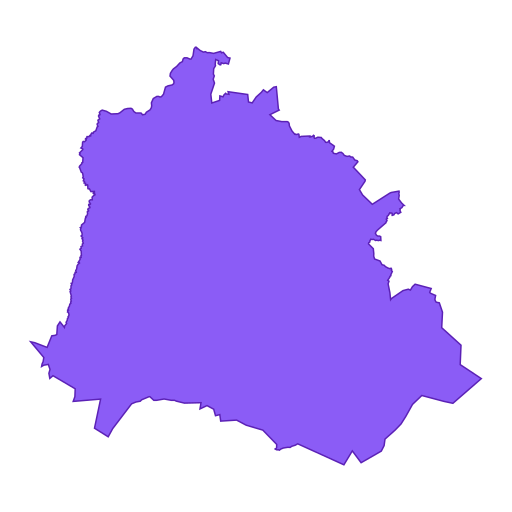 Ahuacuotzingo, Guerrero, Mexico
{"feature_id": "50627088B95956729809463", "entity_name": "Ahuacuotzingo", "entity_type": "district", "adm_level": 2, "iso_a3": "MEX", "parent_name": "Mexico", "parent_adm1": "Guerrero", "projection": "robinson", "projection_center": [-98.997, 17.77], "detail": "fine", "context": "isolated", "style": "filled", "palette": "violet", "viewbox_px": 512, "rotation_deg": 0, "n_neighbors": 0, "source": "geoboundaries", "source_scale": "gbopen_adm2", "svg_char_len": 5857}
<svg xmlns="http://www.w3.org/2000/svg" viewBox="0 0 512 512"><path d="M108.2,436.8L112.7,428.6L131.6,403.8L136.0,402.0L140.3,401.2L141.6,399.8L149.0,396.7L149.9,396.7L153.8,400.3L156.6,400.3L164.1,399.0L171.3,400.3L174.6,400.3L176.2,401.1L184.4,403.1L201.0,402.7L200.0,408.9L207.0,405.6L213.7,409.2L215.5,415.7L219.8,414.6L220.7,421.1L236.6,420.1L246.2,425.2L262.8,430.1L276.7,444.4L276.6,447.8L275.8,448.8L274.6,448.8L277.0,449.9L278.3,449.7L279.3,450.2L280.9,449.0L283.4,448.0L287.7,447.3L290.2,447.4L291.7,446.3L295.3,445.2L297.7,443.8L343.9,464.8L352.3,450.9L361.1,462.7L381.3,451.1L384.1,445.6L385.0,439.1L395.1,430.1L401.0,424.0L405.8,416.4L412.5,404.4L421.8,395.5L444.0,401.4L452.9,403.3L481.3,378.6L460.2,364.6L461.0,345.2L441.7,327.7L442.5,312.2L439.3,302.8L436.2,302.2L435.2,300.5L434.9,299.2L435.6,295.5L430.4,293.2L429.7,292.3L431.2,288.5L415.1,284.2L412.5,286.6L410.4,290.1L408.3,289.2L403.0,290.6L391.5,298.5L390.6,299.7L389.9,292.8L388.1,283.8L389.0,281.2L387.7,280.3L389.8,277.2L389.8,276.5L390.9,275.7L390.8,274.8L392.3,271.5L391.4,270.5L391.7,269.9L391.4,268.7L391.0,268.2L390.0,268.7L387.9,268.0L385.4,266.6L384.2,265.3L382.0,264.7L380.0,261.0L374.6,259.0L373.7,256.2L373.8,253.6L373.3,248.7L368.5,243.9L368.7,242.7L369.8,242.0L369.8,241.0L370.8,239.2L372.0,239.5L373.6,239.3L375.6,240.5L376.6,240.2L378.6,240.6L379.6,240.2L380.9,240.5L380.7,236.7L379.7,236.1L377.8,236.1L376.4,235.2L375.4,233.2L376.2,231.5L377.7,229.9L386.0,222.7L386.1,221.8L387.0,220.7L386.3,219.1L387.4,218.4L386.9,217.7L387.2,216.2L388.4,215.4L388.9,214.0L389.7,213.8L389.8,212.8L392.0,213.2L392.4,214.1L392.0,215.0L392.2,215.4L393.9,214.8L394.6,213.5L396.5,212.6L398.1,213.9L400.8,212.3L400.0,210.7L400.2,209.7L399.8,208.9L401.9,207.6L403.3,205.4L404.1,205.4L401.6,203.0L398.6,199.0L399.2,195.4L398.8,193.5L399.2,192.2L399.0,191.1L391.2,192.5L389.8,193.1L372.3,204.3L362.6,195.0L359.4,189.6L365.0,181.3L365.3,179.9L353.3,167.2L357.9,161.8L357.2,160.7L354.8,160.0L352.7,157.1L350.5,156.9L349.7,156.0L347.0,156.4L344.3,155.4L342.9,153.5L341.3,152.3L339.3,152.4L336.4,153.9L333.4,153.3L332.8,151.7L332.0,151.3L333.6,149.2L334.4,146.2L329.5,142.7L329.3,140.7L328.9,140.7L328.4,141.8L326.8,142.4L325.6,142.3L324.5,140.6L321.9,138.4L321.3,137.5L317.8,137.2L315.8,138.2L314.5,138.3L314.1,137.7L314.2,135.8L313.5,135.3L312.6,136.3L310.0,137.0L309.5,136.8L309.8,136.0L301.2,136.4L299.3,137.3L298.9,134.3L298.5,134.0L296.2,134.5L295.2,134.3L295.6,133.7L294.7,134.2L292.0,131.0L289.4,125.9L289.1,123.4L288.4,122.2L287.2,121.6L281.7,121.6L276.0,120.5L269.9,114.7L279.2,110.1L278.4,109.0L276.3,86.7L273.7,87.2L267.2,92.6L263.4,89.8L261.4,92.3L256.2,97.0L252.2,102.9L248.5,102.0L247.7,94.5L228.1,91.7L228.9,94.3L225.8,93.9L225.6,93.4L224.1,94.7L223.0,96.8L219.9,95.9L219.6,100.4L211.8,103.0L210.8,94.2L214.5,83.1L213.2,79.2L214.3,75.9L213.4,74.1L213.7,68.7L215.5,65.7L215.2,64.3L215.7,59.5L218.5,60.7L218.2,63.6L220.1,64.9L220.8,64.7L221.2,62.8L223.7,63.6L225.2,63.1L228.4,64.0L230.0,58.1L227.6,57.5L223.3,52.3L221.5,52.8L220.7,51.4L213.6,53.4L209.5,52.6L207.2,52.7L205.4,51.7L203.4,52.1L200.0,50.4L197.1,48.0L196.9,48.4L196.2,47.2L195.4,47.2L194.0,49.1L193.0,55.8L191.0,59.1L190.0,59.1L187.0,57.8L184.3,57.8L183.1,59.0L182.4,61.6L179.8,63.0L176.7,66.4L173.4,68.9L172.2,70.4L170.4,73.3L170.0,76.1L173.7,80.3L174.0,82.4L173.6,83.8L172.0,85.0L168.1,85.8L165.5,87.1L163.5,94.2L161.4,96.7L160.0,97.0L158.6,96.4L156.9,96.4L153.3,98.5L151.4,102.8L151.7,105.8L151.3,107.8L150.0,109.9L146.4,112.2L145.1,114.3L142.5,114.8L141.3,113.2L140.5,113.0L135.9,113.0L133.8,111.5L132.4,109.1L131.0,108.3L127.6,108.5L124.3,109.3L119.9,112.8L118.0,113.7L111.2,114.0L106.4,111.3L102.2,110.1L100.6,111.0L99.3,112.4L100.0,114.5L99.7,115.0L98.9,115.0L98.5,116.0L99.7,118.9L97.9,120.2L98.6,122.6L97.4,123.5L97.1,124.2L97.9,126.5L97.2,126.9L95.8,130.8L93.5,132.1L93.1,133.3L91.8,133.0L90.9,134.3L90.6,135.9L89.8,135.5L89.0,136.6L87.0,136.6L86.7,138.3L85.7,138.5L85.4,139.0L86.2,139.6L86.3,140.0L84.6,141.7L83.3,141.4L82.6,142.2L82.3,146.4L80.9,148.0L82.7,148.8L82.8,149.6L79.5,152.9L80.0,153.5L79.5,154.7L83.0,157.7L82.7,162.4L81.9,162.7L81.8,163.7L79.6,166.1L79.2,167.2L79.6,167.6L81.3,172.2L82.3,172.7L82.7,173.6L83.2,176.7L82.7,177.8L84.0,178.9L83.3,180.8L84.5,181.5L84.1,183.0L85.5,183.3L85.3,185.1L85.9,185.4L87.0,184.6L87.7,185.0L87.9,188.5L88.2,188.9L89.4,188.8L90.9,191.6L94.4,191.4L94.5,192.0L93.3,192.8L93.2,193.3L93.7,193.8L94.6,193.6L95.0,194.8L93.4,195.8L92.1,197.2L92.3,199.8L90.4,199.8L89.2,200.9L89.2,201.9L90.5,203.9L90.1,204.4L88.7,204.4L88.7,205.5L89.9,207.1L89.9,207.7L88.2,208.5L87.8,209.8L88.5,210.2L88.5,211.0L87.3,211.8L87.6,213.6L86.9,215.8L85.9,216.3L85.6,217.1L86.0,217.5L85.3,218.5L84.6,222.4L81.5,225.0L81.4,227.0L80.3,227.6L80.9,228.2L80.5,229.5L80.8,230.7L81.3,231.2L82.1,233.4L82.1,235.2L81.1,236.0L82.8,237.9L82.0,238.6L83.0,240.2L82.5,241.1L83.3,243.2L82.3,244.1L82.5,245.9L81.0,246.6L81.2,248.3L79.9,249.2L81.2,251.1L81.4,255.5L80.9,255.8L81.1,257.4L80.0,257.4L80.1,259.4L78.3,262.3L79.1,262.4L79.5,263.0L78.1,264.2L77.1,265.8L76.6,269.1L75.7,270.5L76.2,272.3L75.1,272.4L74.9,273.9L74.1,274.4L74.2,276.5L72.6,280.0L72.5,282.0L72.1,283.2L71.2,283.4L71.7,284.3L71.6,285.2L71.0,285.8L71.0,288.3L70.7,289.1L70.0,289.4L70.8,291.0L70.1,291.6L71.4,296.1L70.9,296.9L71.5,298.2L71.0,298.6L70.8,299.9L71.3,301.1L70.6,302.0L70.9,303.2L69.8,304.2L69.3,306.6L68.5,307.4L68.4,308.8L68.0,309.2L68.5,310.1L67.6,310.4L67.8,311.3L67.5,312.0L68.4,312.5L69.0,314.6L68.7,316.0L68.1,316.5L68.3,317.7L67.5,318.4L67.2,320.4L66.1,322.3L66.6,323.5L64.6,326.0L64.4,327.4L60.0,321.9L57.4,325.9L56.8,334.5L55.2,335.3L51.8,335.8L47.1,347.4L34.8,342.7L30.7,341.8L43.8,357.5L43.1,361.7L42.1,363.9L41.6,366.5L43.8,365.2L48.3,364.4L50.0,369.4L48.9,373.3L49.8,378.4L53.0,375.7L75.2,388.8L74.9,396.6L73.2,401.4L100.6,399.1L94.5,428.2L108.2,436.8Z" fill="#8b5cf6" stroke="#5b21b6" stroke-width="1.5"/></svg>